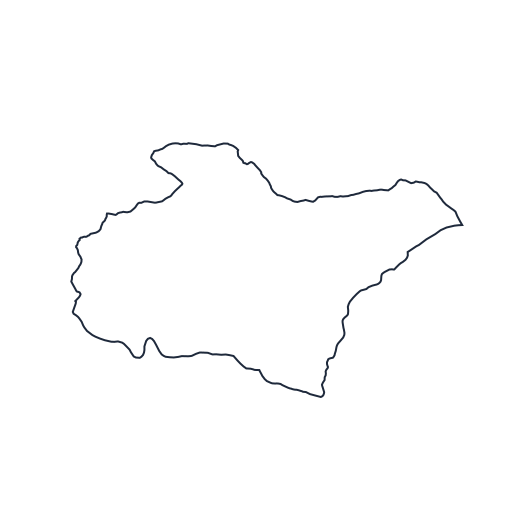 outline of Dorokha, Samchi, Bhutan, rotated 135°
{"feature_id": "84629894B5574782149545", "entity_name": "Dorokha", "entity_type": "district", "adm_level": 2, "iso_a3": "BTN", "parent_name": "Bhutan", "parent_adm1": "Samchi", "projection": "equal_earth", "projection_center": [89.195, 26.97], "detail": "fine", "context": "isolated", "style": "outline", "palette": "slate", "viewbox_px": 512, "rotation_deg": 135, "n_neighbors": 0, "source": "geoboundaries", "source_scale": "gbopen_adm2", "svg_char_len": 5966}
<svg xmlns="http://www.w3.org/2000/svg" viewBox="0 0 512 512"><g transform="rotate(135 256 256)"><path d="M99.3,207.5L100.7,208.2L102.7,208.5L104.8,208.2L107.3,207.6L109.6,207.9L112.0,208.0L114.0,208.5L116.1,208.9L117.2,210.2L118.9,212.2L120.1,213.9L121.4,215.2L124.0,216.9L126.4,219.0L128.4,220.4L129.3,221.7L132.4,224.2L135.1,225.8L137.6,226.9L139.1,227.6L141.4,229.1L144.0,230.5L145.6,231.8L148.6,233.3L150.2,234.7L152.5,236.6L154.0,238.6L156.5,240.1L158.6,242.3L159.7,244.4L161.3,245.7L163.3,247.6L165.0,249.2L168.0,251.6L168.6,252.4L170.6,253.6L174.9,253.4L177.3,254.0L178.3,255.4L179.7,257.7L181.3,260.6L183.2,261.6L185.6,263.3L188.5,264.9L190.2,267.1L191.1,268.9L191.6,271.4L192.5,273.2L193.3,274.8L193.9,277.0L195.2,279.9L196.0,281.3L196.9,282.8L197.8,283.9L197.8,285.7L198.0,288.2L198.0,289.6L197.6,291.9L197.1,293.6L196.2,294.8L195.6,296.8L194.9,298.4L194.4,301.1L194.2,303.6L194.6,306.3L194.4,308.2L194.0,310.6L193.1,311.5L192.6,313.8L192.5,317.7L192.3,321.3L192.1,322.3L192.3,323.4L192.5,324.8L193.1,326.0L193.9,326.3L195.3,326.7L196.4,326.8L197.5,327.3L197.8,328.3L198.0,329.2L198.6,329.8L199.0,331.0L198.2,332.1L198.0,333.6L198.1,336.9L197.8,339.4L196.1,341.5L195.1,342.8L193.7,343.5L193.7,346.6L194.3,349.9L195.1,351.9L196.1,353.7L196.5,355.4L199.3,358.4L205.2,361.9L207.4,362.5L210.0,365.6L212.0,368.3L214.6,370.8L216.1,372.1L219.2,377.3L221.3,380.0L224.1,383.6L225.5,384.1L227.9,386.7L230.1,388.0L231.5,390.7L233.4,392.8L235.6,394.6L238.9,396.4L241.9,397.3L244.3,397.6L246.5,398.0L248.1,398.9L250.4,399.8L252.6,401.4L254.0,402.1L255.8,401.4L258.3,401.0L260.4,399.9L261.0,398.9L260.9,396.6L260.6,394.4L261.4,391.9L261.6,389.4L261.4,388.4L260.4,385.8L260.0,382.5L259.3,379.3L259.3,378.0L259.3,376.5L258.2,375.2L257.6,373.9L257.3,372.1L257.0,369.8L256.8,364.9L256.5,362.3L256.6,360.2L257.0,359.1L258.0,358.8L259.5,359.0L262.1,359.0L263.7,359.1L267.5,359.2L271.4,359.0L273.1,358.7L274.5,358.8L276.4,359.6L279.5,360.5L282.1,360.8L283.8,361.1L285.8,362.4L287.6,363.6L288.9,364.4L290.0,365.4L294.1,371.2L294.8,371.9L296.5,373.6L298.1,374.2L299.5,374.7L300.9,376.2L302.4,376.6L304.4,376.3L305.9,376.0L306.9,375.8L308.5,375.8L311.1,376.0L313.3,376.2L314.8,377.1L316.2,378.0L317.9,380.1L318.6,381.1L320.1,381.9L321.6,383.0L323.4,383.9L325.1,384.0L326.2,384.3L327.4,386.1L328.1,387.3L330.3,390.4L331.3,391.4L332.4,390.7L333.6,389.5L335.2,388.9L336.2,388.7L337.3,388.1L338.3,387.9L340.8,388.0L341.6,387.7L342.4,387.2L343.7,386.8L345.4,385.9L346.8,385.0L348.4,384.8L350.0,384.8L350.7,385.1L351.6,385.3L352.9,385.8L353.8,386.4L354.9,387.1L357.4,388.7L358.5,388.6L359.3,388.6L360.3,389.1L361.2,389.2L362.0,389.5L362.7,389.8L363.8,391.1L364.9,391.7L365.9,392.0L366.7,392.8L367.8,392.9L368.6,393.0L369.3,392.0L370.6,392.0L371.8,391.8L372.7,391.5L373.3,391.0L374.7,390.2L376.1,390.2L377.0,389.4L377.1,388.1L377.4,387.3L377.8,386.2L378.7,385.0L379.4,384.1L380.2,382.5L380.4,381.1L380.7,379.5L381.4,378.0L381.7,377.0L383.6,375.3L385.3,374.5L386.5,374.1L388.0,373.9L390.2,373.1L392.7,372.8L395.4,372.5L396.6,372.7L399.4,372.2L400.6,371.6L402.4,369.9L404.7,368.5L405.7,365.2L407.1,360.3L407.7,358.5L407.7,357.2L407.0,356.3L406.5,355.0L407.0,353.1L408.4,352.4L410.4,352.0L415.6,351.9L415.6,351.0L417.2,349.8L421.0,348.0L425.1,346.0L425.8,344.1L425.2,341.5L424.9,338.8L425.1,336.7L425.8,332.8L427.3,329.1L427.9,326.9L428.5,322.5L427.6,315.8L426.6,312.5L424.7,307.9L422.5,303.4L419.0,297.8L416.9,295.5L414.0,293.2L411.9,289.4L411.5,287.3L411.5,284.5L411.6,279.2L412.5,276.4L413.5,271.4L412.7,269.1L410.2,266.2L408.3,265.8L405.9,265.9L403.5,266.9L401.4,268.4L398.8,271.0L393.7,273.6L391.0,273.9L388.8,272.9L388.1,270.7L388.3,267.9L389.4,264.0L391.6,257.2L392.3,253.1L391.9,250.7L391.2,248.7L388.5,245.3L385.9,242.4L382.3,239.6L379.3,237.7L374.8,233.0L373.0,231.5L372.0,230.8L367.5,229.2L364.0,227.5L361.8,225.2L358.5,221.6L356.4,217.2L353.7,214.7L350.4,210.7L347.1,207.8L345.5,205.6L344.6,204.3L342.6,201.2L343.0,195.1L343.1,191.0L342.9,186.6L342.7,185.5L342.4,183.4L339.5,180.1L338.1,177.7L337.7,176.7L336.6,175.4L334.3,173.0L334.9,171.4L335.1,170.6L336.4,166.4L336.5,165.4L336.7,164.0L336.9,162.8L336.8,161.1L336.8,160.0L336.1,158.1L335.1,155.5L334.5,154.4L332.5,152.1L331.6,151.4L330.4,150.0L329.1,148.1L328.7,146.2L327.8,143.7L326.5,140.2L325.6,138.3L324.9,137.3L324.5,136.3L323.4,134.5L322.5,133.4L321.9,132.8L320.7,130.8L319.8,129.0L319.2,128.0L318.8,126.8L316.9,124.5L315.5,120.2L313.2,116.2L309.9,110.5L308.1,109.9L306.5,110.1L305.1,110.8L304.1,111.5L302.3,114.9L300.9,117.6L300.3,118.4L298.1,119.2L295.2,119.8L293.5,121.4L292.9,121.8L291.2,122.3L289.7,123.5L288.4,125.1L287.4,125.6L286.3,125.9L284.8,126.0L283.6,126.6L283.2,127.6L282.2,129.4L280.9,130.7L279.0,131.4L278.0,131.9L276.7,131.6L275.4,130.9L273.6,129.7L272.0,129.9L270.4,130.4L269.6,131.0L267.5,132.1L266.7,132.5L263.5,134.7L262.2,135.4L260.8,135.9L259.1,136.2L257.0,136.3L255.7,136.4L252.0,136.7L249.3,137.8L247.8,139.1L245.9,141.8L245.0,143.3L243.4,145.5L241.8,147.7L240.7,148.9L239.3,149.6L238.5,149.7L236.7,149.8L235.2,149.6L233.3,149.5L232.0,149.9L230.0,151.6L229.2,152.4L227.0,155.1L224.6,156.4L221.9,157.3L216.9,157.8L211.7,157.9L207.6,157.7L205.9,157.3L204.8,156.6L201.3,154.6L198.5,154.4L194.7,152.8L192.1,151.3L191.0,150.6L189.6,150.0L188.0,149.7L186.1,149.8L184.6,150.5L182.9,152.0L181.4,153.3L180.5,153.8L179.5,154.2L177.6,154.0L175.9,153.6L173.4,152.8L171.2,152.1L169.3,150.5L168.0,148.8L166.6,148.7L165.6,148.8L163.7,148.8L160.7,148.8L158.7,148.6L156.4,148.0L153.0,147.6L150.4,148.0L148.3,149.0L145.9,151.6L144.3,151.2L135.7,149.5L133.1,148.6L123.7,147.3L113.7,144.7L107.2,143.7L101.1,141.4L94.2,137.1L91.2,134.7L88.3,132.1L87.2,136.2L85.5,141.8L83.9,145.6L83.6,146.4L83.8,148.9L84.3,151.5L84.8,154.9L85.3,157.9L85.2,162.2L84.7,164.8L84.5,167.0L83.5,173.0L84.4,175.8L84.4,178.7L84.5,181.2L84.3,184.1L84.5,186.4L85.2,188.4L87.1,191.4L88.1,192.3L89.5,194.5L90.3,195.7L92.6,196.3L94.8,197.8L95.3,199.2L96.8,203.7L98.5,205.6L99.3,207.5Z" fill="none" stroke="#1e293b" stroke-width="2"/></g></svg>